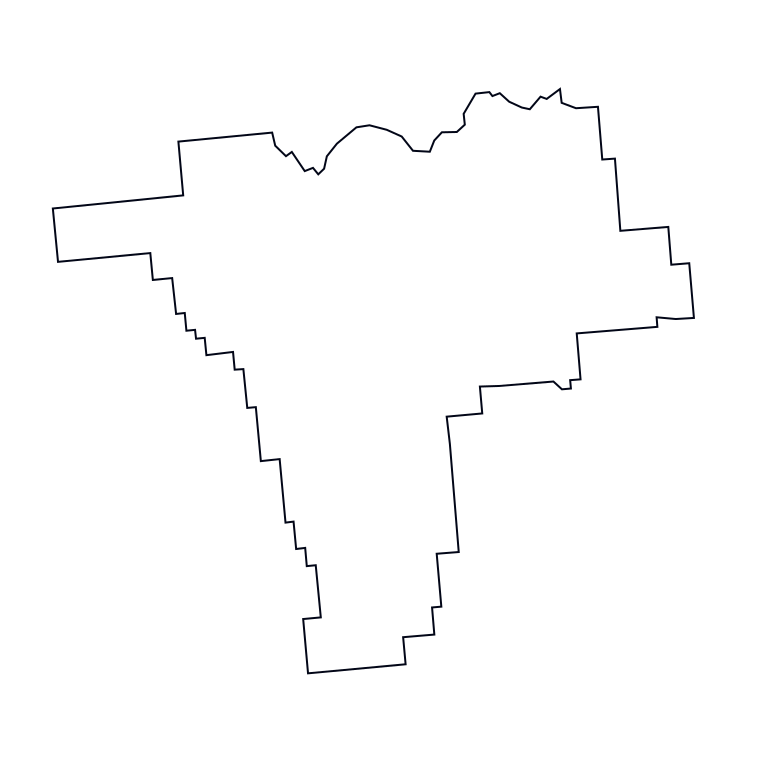 Union, Oregon, United States of America, rotated 175°
{"feature_id": "52423323B75760567644754", "entity_name": "Union", "entity_type": "district", "adm_level": 2, "iso_a3": "USA", "parent_name": "United States of America", "parent_adm1": "Oregon", "projection": "orthographic", "projection_center": [-118.033, 45.409], "detail": "fine", "context": "isolated", "style": "outline", "palette": "ink", "viewbox_px": 768, "rotation_deg": 175, "n_neighbors": 0, "source": "geoboundaries", "source_scale": "gbopen_adm2", "svg_char_len": 1277}
<svg xmlns="http://www.w3.org/2000/svg" viewBox="0 0 768 768"><g transform="rotate(175 384 384)"><path d="M267.5,665.3L281.1,646.2L280.9,635.3L289.5,628.7L304.4,629.7L312.7,622.2L318.1,611.4L334.8,613.8L344.8,629.0L359.1,637.0L375.9,643.0L389.1,642.1L410.0,627.5L421.1,615.8L424.9,603.7L431.2,598.6L435.9,605.5L444.4,603.0L455.6,623.2L461.8,619.5L471.6,630.9L473.5,644.2L567.7,643.4L567.6,589.4L698.6,587.7L698.1,534.1L605.4,534.8L605.2,507.8L585.8,508.0L585.0,471.9L576.3,472.1L576.2,454.3L567.5,454.4L567.3,445.5L558.6,445.6L558.4,428.2L531.6,429.1L531.5,411.3L522.8,411.1L522.3,372.1L513.7,372.1L513.4,317.9L494.5,318.3L494.2,254.5L486.1,254.8L485.9,227.3L476.8,227.6L476.8,209.3L467.8,209.4L467.3,157.0L485.0,156.9L484.9,102.4L386.9,102.9L387.0,130.1L355.7,130.0L355.6,157.2L346.3,157.2L346.3,210.3L324.2,210.1L323.6,318.6L324.4,346.0L288.7,346.1L288.7,373.1L269.6,372.0L215.0,371.7L207.2,363.2L198.2,363.2L198.2,371.6L187.8,371.5L187.6,417.6L106.7,417.1L106.6,426.7L87.7,423.3L69.5,422.8L69.4,477.7L87.4,477.8L87.1,515.7L135.2,516.0L134.3,588.4L147.0,588.6L146.7,641.5L168.7,642.0L182.5,648.6L183.0,662.5L197.1,653.8L203.0,656.6L214.8,645.0L222.6,647.4L234.7,654.3L243.3,663.6L250.9,661.4L253.6,665.6L267.5,665.3Z" fill="none" stroke="#020617" stroke-width="2"/></g></svg>